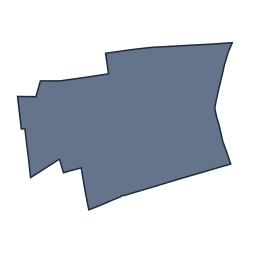 Romanu, Braila, Romania, rotated 267°
{"feature_id": "2599482B95882755808747", "entity_name": "Romanu", "entity_type": "district", "adm_level": 2, "iso_a3": "ROU", "parent_name": "Romania", "parent_adm1": "Braila", "projection": "equal_earth", "projection_center": [27.72, 45.306], "detail": "fine", "context": "isolated", "style": "filled", "palette": "slate", "viewbox_px": 256, "rotation_deg": 267, "n_neighbors": 0, "source": "geoboundaries", "source_scale": "gbopen_adm2", "svg_char_len": 1613}
<svg xmlns="http://www.w3.org/2000/svg" viewBox="0 0 256 256"><g transform="rotate(267 128 128)"><path d="M207.7,236.6L207.6,227.3L207.4,217.3L207.4,207.2L207.4,197.0L207.4,196.7L207.4,186.9L207.3,177.1L207.3,176.8L207.3,173.3L207.3,161.6L207.3,161.4L207.3,156.9L207.2,155.2L206.9,148.7L206.7,145.6L206.3,139.1L205.6,130.1L205.1,124.4L204.6,118.8L203.8,109.5L193.4,110.5L185.1,111.2L183.1,111.4L180.5,84.6L178.6,62.5L179.6,43.0L164.1,37.7L165.3,19.4L165.2,19.4L164.5,19.4L162.8,19.5L158.3,19.8L151.9,20.2L143.7,20.7L136.6,21.2L132.6,21.4L132.6,22.2L132.7,25.0L112.3,26.3L103.0,27.0L102.1,27.1L92.6,27.6L89.1,27.8L83.6,28.1L83.7,28.4L83.9,28.8L86.8,33.8L91.2,41.6L99.8,56.6L100.2,57.7L100.1,58.0L86.7,61.2L87.9,66.4L88.2,67.4L90.6,79.2L88.7,79.4L81.5,80.2L70.6,81.5L67.4,81.9L57.6,83.2L48.3,84.6L52.6,97.3L55.6,105.5L55.8,105.8L59.8,117.1L59.8,117.3L60.0,117.4L60.3,117.5L60.5,117.6L60.7,117.9L60.8,118.4L60.8,120.3L60.8,120.8L63.2,130.5L64.2,134.9L67.1,146.6L67.1,146.8L67.2,147.3L67.4,148.2L67.8,149.9L68.4,152.3L68.7,154.0L68.9,153.9L73.7,173.7L75.4,180.8L75.9,183.1L77.6,190.2L77.9,191.6L81.0,204.7L84.2,218.1L86.0,226.0L86.5,228.2L86.6,228.7L86.8,228.7L87.5,228.5L90.4,227.7L95.2,226.3L99.4,225.1L103.5,223.8L108.0,222.5L110.3,221.8L110.9,221.7L122.1,219.8L128.5,218.6L133.2,217.3L142.2,215.8L142.9,215.8L145.2,216.1L146.8,216.5L148.3,216.9L151.2,217.6L156.9,219.2L164.4,221.3L168.2,222.5L172.1,223.6L174.9,224.4L174.9,224.5L186.1,227.6L198.3,232.0L198.5,232.1L199.4,232.5L200.6,233.1L204.6,235.1L205.4,235.4L206.8,236.2L207.6,236.6L207.7,236.6Z" fill="#64748b" stroke="#1e293b" stroke-width="1.5"/></g></svg>